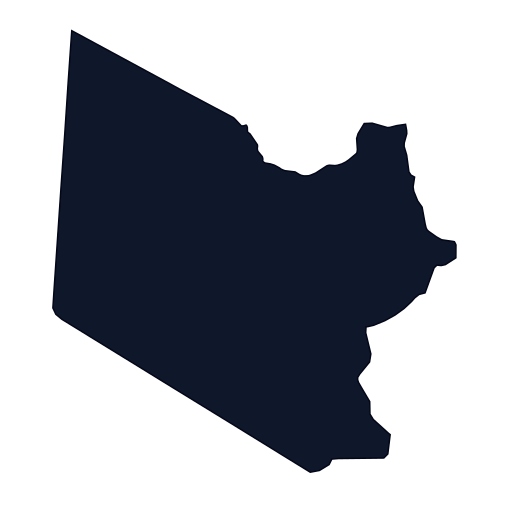 the border of Huehuetenango, rotated 274°
{"feature_id": "GTM-1943", "entity_name": "Huehuetenango", "entity_type": "Department", "adm_level": 1, "iso_a3": "GTM", "parent_name": "Guatemala", "parent_adm1": "", "projection": "robinson", "projection_center": [-91.471, 15.613], "detail": "fine", "context": "isolated", "style": "filled", "palette": "ink", "viewbox_px": 512, "rotation_deg": 274, "n_neighbors": 0, "source": "natural_earth", "source_scale": "10m", "svg_char_len": 1792}
<svg xmlns="http://www.w3.org/2000/svg" viewBox="0 0 512 512"><g transform="rotate(274 256 256)"><path d="M44.1,325.2L58.4,297.9L88.6,240.3L118.7,182.6L145.0,132.4L163.6,96.8L170.7,83.3L179.3,66.8L183.9,60.4L190.0,57.0L207.3,56.9L259.9,56.8L312.4,56.7L365.0,56.7L417.5,56.5L467.9,56.5L421.2,159.4L417.5,167.4L392.7,223.3L391.8,224.7L384.7,232.4L385.1,235.2L385.6,236.0L385.9,237.0L385.1,237.8L383.7,238.4L380.5,238.7L378.9,239.1L377.4,241.5L367.1,249.6L365.8,249.9L363.4,249.8L362.2,250.0L361.2,250.3L360.3,250.8L355.6,255.3L354.0,255.9L352.6,256.1L351.4,256.0L350.3,256.8L349.4,258.6L348.9,263.9L347.9,268.0L345.7,272.9L344.4,275.0L343.5,277.5L343.1,279.1L342.6,289.2L340.5,293.2L339.7,295.3L339.5,296.4L339.3,297.8L339.3,299.2L339.6,301.9L339.8,303.1L340.2,304.2L341.1,306.2L341.6,307.1L342.0,308.0L343.1,310.0L350.8,320.2L351.4,321.6L351.7,322.9L351.7,328.5L352.2,330.9L353.8,335.1L356.0,338.9L358.3,341.8L365.5,349.3L367.0,349.6L369.2,349.7L380.3,348.2L385.2,349.3L395.7,354.7L396.6,362.6L393.3,378.2L393.7,380.7L395.9,387.3L397.8,396.0L391.9,397.5L388.5,397.9L379.2,396.0L375.7,396.1L367.1,399.3L350.5,402.7L347.5,405.0L345.8,408.7L335.9,407.9L331.5,408.9L322.3,413.4L316.3,418.3L299.8,422.5L296.0,423.7L294.1,424.8L292.7,426.4L287.7,434.6L285.4,439.5L285.1,440.6L284.3,451.6L284.1,452.9L282.4,454.0L281.0,454.7L268.1,455.5L260.6,445.5L259.4,441.4L259.5,437.1L256.6,434.5L231.0,427.2L229.0,421.3L225.2,417.2L221.4,414.3L213.9,407.3L206.8,398.8L200.5,389.1L195.1,378.2L193.3,372.4L193.0,370.7L187.1,370.8L166.3,377.4L158.2,376.7L145.3,367.6L141.9,365.9L139.4,366.1L136.8,367.2L130.3,371.6L118.7,379.6L106.3,380.7L101.1,384.4L88.2,400.8L87.2,402.3L67.7,401.3L63.4,397.6L59.7,352.3L58.7,345.8L53.1,343.5L46.5,334.3L44.1,325.2Z" fill="#0f172a" stroke="#020617" stroke-width="1.5"/></g></svg>